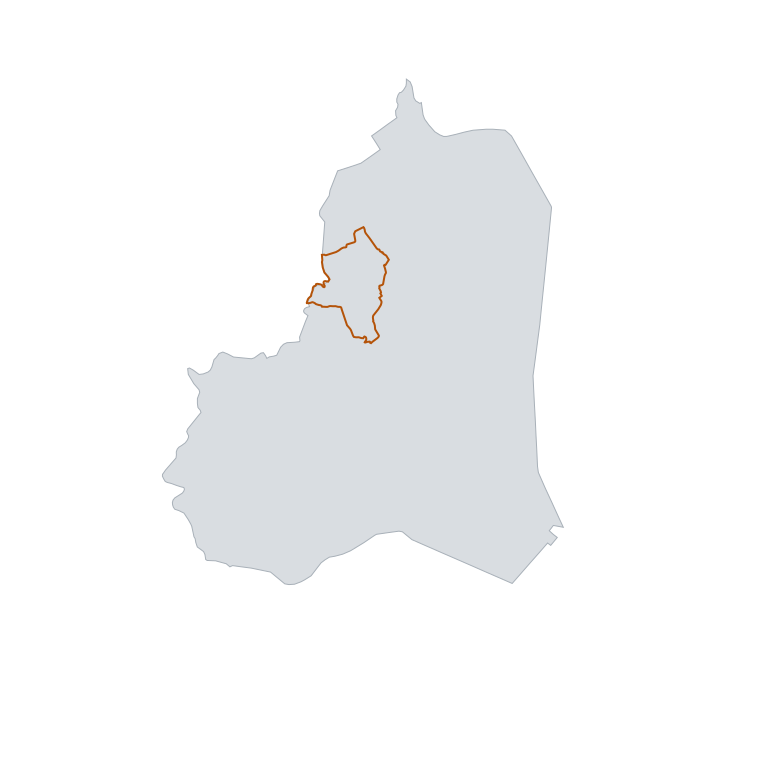 Wasit highlighted on a map of Iraq, rotated 235°
{"feature_id": "IRQ-3227", "entity_name": "Wasit", "entity_type": "Province", "adm_level": 1, "iso_a3": "IRQ", "parent_name": "Iraq", "parent_adm1": "", "projection": "natural_earth1", "projection_center": [45.642, 32.719], "detail": "fine", "context": "in_parent", "style": "outline", "palette": "amber", "viewbox_px": 768, "rotation_deg": 235, "n_neighbors": 0, "source": "natural_earth", "source_scale": "10m", "svg_char_len": 5724}
<svg xmlns="http://www.w3.org/2000/svg" viewBox="0 0 768 768"><g transform="rotate(235 384 384)"><path d="M322.6,152.9L327.2,151.7L335.8,144.6L340.9,137.9L342.5,137.3L347.0,139.5L350.2,140.1L357.6,137.6L362.0,138.9L365.7,140.6L367.8,140.7L377.7,144.9L380.2,145.4L385.3,145.9L393.0,146.1L397.9,143.4L401.4,140.8L403.9,140.8L406.2,141.5L408.2,142.6L409.9,144.6L410.7,147.3L410.3,156.3L411.1,158.6L412.4,160.3L414.1,160.6L416.2,158.7L419.9,155.9L424.4,152.8L427.7,150.0L429.6,148.9L432.6,149.1L435.6,149.6L437.2,150.9L437.2,151.4L438.8,155.6L442.7,171.2L444.9,173.2L447.5,174.9L449.2,177.2L449.9,179.6L449.7,183.2L449.8,187.4L450.8,190.6L452.3,193.1L453.7,194.3L455.7,194.5L458.2,195.1L459.8,197.5L465.0,215.4L465.6,217.7L467.8,218.4L471.4,218.1L475.1,220.0L479.1,222.8L482.9,228.3L485.4,229.2L493.3,228.4L504.1,229.2L509.2,232.0L508.7,233.8L504.8,235.7L497.9,238.0L495.9,241.8L494.7,246.8L495.0,249.6L496.6,252.7L501.5,258.8L501.8,261.0L502.7,264.1L503.6,266.2L502.6,270.3L498.2,273.2L492.4,276.2L480.7,289.9L479.8,292.8L479.9,300.9L478.8,303.2L475.1,303.2L472.2,302.7L472.0,305.6L470.2,309.4L469.1,312.6L473.4,320.4L474.2,324.5L473.5,328.2L469.5,334.7L467.2,339.0L467.7,340.0L470.8,341.7L480.5,355.9L483.6,360.9L487.7,359.6L489.2,359.6L490.4,360.5L491.2,362.1L491.2,364.3L490.1,367.4L495.3,368.7L497.2,372.0L503.3,383.0L503.1,386.3L500.2,391.5L500.2,395.0L500.8,398.1L501.7,399.2L510.7,399.6L514.5,400.9L523.9,406.5L534.5,415.2L543.2,422.3L550.7,428.4L558.6,427.9L560.8,429.0L562.8,430.9L565.1,435.9L569.7,447.1L573.6,450.9L579.6,459.9L585.2,468.3L581.6,479.8L578.1,491.7L578.1,507.1L578.2,515.4L585.8,515.8L594.3,516.1L594.4,526.0L594.6,536.0L594.7,547.3L597.2,547.8L601.2,550.2L602.9,553.9L605.1,555.9L607.6,556.2L610.2,558.0L612.7,561.3L613.7,563.8L613.0,565.5L613.6,568.5L615.4,572.8L617.5,574.8L620.9,577.2L616.4,578.7L611.5,577.6L601.1,572.6L597.7,572.4L593.3,574.3L593.1,576.0L582.1,570.4L578.1,569.3L576.7,569.2L570.4,569.3L561.5,570.3L556.2,572.5L552.5,574.9L550.9,577.3L550.3,578.6L547.5,585.5L544.2,594.4L540.8,602.5L534.1,613.8L530.5,619.0L522.5,628.7L514.0,630.7L494.0,628.8L472.0,626.6L450.0,624.5L433.7,622.9L432.4,622.4L416.3,608.6L403.5,597.6L387.7,584.0L371.5,570.0L355.1,555.8L343.2,545.6L328.7,532.3L315.6,520.3L305.3,510.8L292.0,502.4L281.6,495.9L266.5,486.5L254.5,478.9L244.1,472.4L228.3,462.4L223.0,459.7L206.5,456.4L190.8,453.6L174.6,450.6L163.8,448.7L171.0,441.6L169.0,435.2L163.7,436.4L158.9,437.9L156.2,428.0L159.9,426.8L156.7,413.9L153.5,400.6L150.3,387.7L147.1,374.6L161.0,366.1L171.3,359.8L185.8,351.0L199.7,342.5L212.9,334.4L227.5,325.5L240.5,317.6L252.4,314.3L254.9,311.8L260.5,300.9L265.2,291.6L265.4,289.5L265.6,276.3L266.6,260.8L268.3,252.6L271.0,245.2L273.5,239.9L273.8,234.9L273.6,229.9L271.2,222.2L268.7,214.3L269.1,206.6L269.6,202.5L271.3,195.9L274.2,191.1L277.2,188.1L288.4,185.0L295.0,183.2L304.0,174.7L309.3,169.7L316.7,161.6L322.1,155.8L322.5,153.7L322.6,152.9Z" fill="#d9dde1" stroke="#a8b0b8" stroke-width="1"/><path d="M494.5,367.2L494.7,367.3L494.9,367.4L495.0,367.5L496.6,369.6L497.2,370.6L497.6,371.8L497.7,373.0L497.8,373.9L498.0,374.8L499.6,376.4L501.6,379.2L503.1,380.5L503.8,381.2L504.2,382.2L504.2,382.8L503.9,384.0L503.9,384.5L504.1,385.0L504.7,385.4L504.7,385.9L504.4,386.7L503.7,387.5L502.4,388.8L501.4,389.6L500.6,389.8L499.8,389.7L498.7,389.8L497.7,390.4L497.7,391.1L498.4,391.7L500.5,392.0L501.4,392.4L502.1,393.0L502.4,393.8L502.1,394.8L501.3,395.6L500.5,396.3L499.9,397.0L501.0,399.4L503.8,399.7L509.5,399.1L514.7,400.7L519.5,403.1L520.8,404.5L525.4,407.2L524.6,408.6L524.2,409.2L523.1,409.9L522.7,410.5L519.6,420.4L519.3,423.2L519.4,426.9L519.3,427.5L519.2,428.1L519.0,429.0L518.9,429.3L518.2,430.4L517.9,431.1L517.8,431.6L518.3,432.1L519.1,432.8L519.3,433.1L519.5,433.6L519.4,434.1L517.4,440.2L517.1,441.3L517.3,442.2L518.2,442.9L524.1,445.6L525.0,447.0L525.6,448.1L524.3,457.1L523.3,457.2L521.5,456.7L519.7,455.8L517.8,455.5L511.7,455.8L499.1,455.8L497.5,456.4L497.3,456.6L497.1,457.1L496.9,457.2L496.5,457.2L495.8,457.1L495.3,456.9L494.9,456.9L494.5,457.0L492.8,458.3L492.6,458.4L492.3,458.2L492.2,458.0L491.7,458.3L491.4,458.4L491.1,458.2L490.9,458.2L487.9,459.5L483.0,459.2L480.7,453.7L480.7,453.3L480.9,453.0L481.3,452.7L481.1,452.0L477.8,451.0L474.7,449.8L473.9,449.3L473.5,448.5L472.9,447.4L472.0,446.2L467.2,441.4L466.4,440.6L466.2,439.7L466.3,438.8L466.9,437.2L467.0,436.7L466.8,436.2L465.8,435.8L465.2,435.0L461.8,434.5L460.6,434.0L460.3,433.0L457.5,432.7L457.4,431.4L457.3,429.6L456.6,429.5L453.7,429.4L452.9,429.2L452.1,428.6L451.2,427.6L450.4,426.5L448.5,422.1L446.4,415.0L446.1,414.3L445.5,413.6L444.8,413.0L443.5,412.3L442.0,411.6L441.7,411.1L441.3,411.0L439.5,410.8L437.1,410.0L434.0,408.2L433.7,408.1L426.8,407.6L426.5,407.5L426.3,407.3L426.0,407.0L425.6,406.1L425.4,404.6L425.2,398.6L424.9,396.8L425.7,396.3L426.7,396.7L426.9,396.6L427.1,396.4L427.3,396.1L427.5,395.5L428.0,394.7L428.5,393.1L428.8,392.3L429.2,392.1L429.5,392.6L429.9,393.8L430.1,394.3L430.4,394.8L430.8,395.1L431.3,395.5L431.8,395.7L432.3,395.9L432.8,395.9L433.4,395.7L433.9,395.2L434.1,395.1L433.9,394.3L433.7,394.0L433.4,393.3L433.9,392.6L434.7,391.7L436.8,390.1L437.9,388.4L439.0,387.1L439.9,386.3L441.4,386.4L447.0,387.8L448.7,387.9L453.3,387.4L468.5,391.9L471.3,392.8L471.7,392.6L472.3,392.3L472.9,391.5L473.6,390.6L475.5,389.0L475.8,388.6L476.9,386.9L478.2,385.3L478.9,384.3L479.3,383.1L479.5,382.2L479.8,381.6L480.3,380.9L482.0,378.8L482.5,378.0L482.8,377.7L483.0,377.5L483.4,377.7L483.6,377.7L483.8,377.7L484.5,377.4L485.1,377.0L485.5,376.6L486.0,376.0L488.3,374.2L488.7,374.1L488.9,373.9L489.2,373.9L489.6,373.8L490.2,373.6L491.3,372.9L491.9,372.5L492.2,372.0L492.8,369.9L493.0,369.5L493.7,368.2L494.5,367.2Z" fill="none" stroke="#b45309" stroke-width="2"/></g></svg>